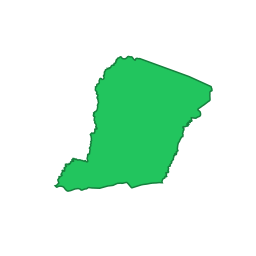 the district of Ngauma, Niassa, Mozambique, rotated 148°
{"feature_id": "85939544B1529593178446", "entity_name": "Ngauma", "entity_type": "district", "adm_level": 2, "iso_a3": "MOZ", "parent_name": "Mozambique", "parent_adm1": "Niassa", "projection": "robinson", "projection_center": [35.668, -13.833], "detail": "fine", "context": "isolated", "style": "filled", "palette": "green", "viewbox_px": 256, "rotation_deg": 148, "n_neighbors": 0, "source": "geoboundaries", "source_scale": "gbopen_adm2", "svg_char_len": 5799}
<svg xmlns="http://www.w3.org/2000/svg" viewBox="0 0 256 256"><g transform="rotate(148 128 128)"><path d="M35.6,119.1L49.0,139.3L81.3,180.7L82.0,180.9L83.3,182.2L84.1,182.6L84.9,182.5L85.3,182.0L85.8,181.7L86.3,182.0L86.8,183.7L86.9,185.6L87.2,186.4L88.2,187.0L89.8,188.5L90.5,188.6L92.2,188.1L93.8,188.2L94.8,188.8L95.8,189.7L96.1,190.4L96.1,191.7L96.7,192.4L98.5,192.3L99.1,192.4L99.3,192.6L99.7,192.6L100.5,192.1L101.3,192.2L101.5,192.1L101.7,191.7L102.1,191.7L102.1,191.2L103.2,190.8L103.4,190.2L103.9,189.9L104.4,189.7L104.5,189.9L105.4,190.1L105.8,189.9L106.1,189.3L106.4,189.2L106.6,188.8L107.0,188.9L107.1,189.3L107.9,189.4L108.3,189.6L109.4,189.4L109.9,189.0L111.0,188.5L111.4,188.5L112.0,189.0L112.4,188.4L112.6,188.4L113.0,188.8L113.6,188.8L113.7,189.0L114.0,189.5L114.3,189.1L114.5,189.0L116.2,189.2L116.5,189.1L117.1,188.4L118.5,187.9L118.7,187.1L119.2,186.5L119.4,186.5L119.6,186.3L119.8,185.6L120.0,185.4L120.7,185.5L121.0,185.4L121.4,184.6L121.5,183.4L121.9,183.0L122.9,182.5L123.3,182.5L124.3,183.0L124.4,183.9L124.7,184.3L125.2,184.7L125.6,184.7L127.5,183.3L128.1,182.0L128.9,181.3L129.8,181.1L130.5,181.4L131.3,181.4L132.3,180.1L132.7,179.9L133.8,180.1L134.2,179.2L135.2,178.1L135.7,177.0L135.3,175.9L135.4,175.0L135.7,174.4L136.3,174.1L136.6,173.6L136.4,172.9L136.0,172.5L136.1,171.9L137.0,170.8L137.8,170.6L138.3,169.9L138.3,169.6L137.9,169.3L137.9,169.1L138.6,168.0L138.7,167.0L139.1,166.5L139.5,165.2L140.1,164.7L140.5,164.5L140.9,164.1L141.9,163.5L142.2,162.5L142.5,162.0L144.3,160.0L145.0,159.6L145.8,159.4L146.4,159.0L147.5,159.3L148.4,159.0L148.7,159.1L149.2,159.0L149.3,158.7L148.9,158.6L149.0,158.1L150.3,157.5L150.7,157.1L150.9,156.2L150.7,155.7L150.3,155.6L150.2,155.2L151.7,153.7L152.6,152.4L152.7,152.2L152.5,151.4L152.7,150.8L153.3,150.3L153.5,149.8L153.2,149.1L153.3,147.5L153.6,147.0L154.7,146.1L154.8,145.8L154.7,145.4L154.4,145.4L154.4,144.7L154.7,143.9L155.0,143.7L155.4,144.1L156.3,144.1L156.4,144.6L156.8,144.5L157.2,143.9L157.8,142.7L158.5,142.3L158.9,141.6L159.0,141.5L160.4,142.2L160.7,142.0L161.3,142.9L161.6,142.7L162.6,142.7L163.4,142.4L163.6,140.8L164.7,138.3L165.3,137.5L165.5,136.7L166.0,136.4L166.5,136.4L166.8,136.2L167.0,135.6L167.1,134.9L167.2,134.7L167.9,134.3L168.5,134.1L168.7,133.1L168.9,132.8L169.9,132.0L170.8,131.8L171.4,131.3L171.5,131.0L171.3,130.4L171.4,130.0L172.1,129.3L174.4,126.5L175.0,126.8L175.6,126.5L176.1,126.9L176.3,126.8L177.3,125.3L178.8,123.9L179.5,121.5L180.0,120.9L180.4,120.9L181.1,121.3L181.4,121.8L181.4,122.4L181.5,122.9L182.0,123.1L182.4,122.9L182.8,123.0L184.1,124.8L184.9,125.3L185.3,126.1L185.7,126.5L187.9,127.7L188.2,128.9L188.7,129.2L188.9,129.0L189.1,129.1L189.2,129.7L189.8,130.0L190.0,130.7L190.5,130.4L190.8,130.6L191.0,131.1L191.4,130.8L192.3,130.8L192.6,130.5L192.6,129.9L191.7,129.4L191.6,129.0L191.8,128.7L192.2,128.8L193.3,129.5L194.6,129.6L195.0,128.9L196.2,128.5L196.7,129.1L197.0,129.0L197.2,128.4L197.4,128.4L198.2,128.7L198.6,129.5L198.9,129.8L200.2,130.3L200.4,129.9L200.8,129.7L200.8,129.4L200.5,128.4L200.6,128.1L201.1,128.0L201.7,128.2L202.5,128.0L203.0,128.0L203.4,127.9L203.4,127.4L203.1,127.1L203.1,126.7L203.9,126.6L204.3,126.0L204.3,125.4L204.5,125.2L205.1,125.2L205.8,126.6L206.0,126.8L206.3,126.8L206.4,126.7L206.1,126.4L206.1,126.1L206.3,125.8L207.6,125.0L208.5,124.7L209.4,124.0L209.4,123.6L208.9,123.1L208.9,122.9L209.1,122.7L211.3,122.6L212.2,123.3L212.4,123.2L212.6,122.9L212.6,122.1L214.8,121.4L215.1,120.9L215.7,118.5L215.8,118.0L216.0,117.9L217.8,117.6L218.9,117.2L220.4,117.6L220.0,116.0L219.7,115.5L217.8,115.3L216.8,114.9L215.6,114.1L214.4,112.9L213.8,111.5L213.7,109.6L213.3,107.7L213.0,107.1L212.4,106.3L209.8,105.3L205.3,104.4L202.6,103.2L201.8,102.6L201.4,102.1L201.1,101.8L200.7,100.3L199.9,99.7L197.1,99.2L195.4,98.4L194.5,98.4L193.9,98.5L193.3,98.5L192.7,98.2L190.4,96.3L183.9,91.9L175.8,89.5L171.1,87.3L166.4,86.7L163.6,85.2L162.6,84.4L161.7,83.9L160.1,83.4L158.4,82.8L157.8,82.3L157.4,80.6L156.9,76.8L156.7,75.8L156.4,75.2L147.1,72.8L145.2,72.1L141.5,70.4L138.4,69.2L136.4,68.3L133.2,66.5L130.5,65.2L127.9,63.4L127.7,64.3L127.1,65.1L125.5,66.3L123.3,66.2L123.0,66.8L122.8,67.0L122.5,67.0L121.8,66.6L120.9,66.4L120.8,67.6L120.3,67.8L120.1,68.0L120.0,68.6L119.8,69.1L119.7,69.7L119.5,69.9L119.1,69.8L118.5,69.3L117.9,69.0L117.1,69.1L116.7,69.6L116.7,69.8L117.0,70.4L116.8,70.7L116.0,71.0L115.7,71.6L115.1,72.0L115.0,73.0L114.8,73.2L114.4,73.7L114.0,73.8L112.6,73.4L112.2,73.5L111.9,74.6L111.0,75.0L109.7,75.2L109.1,75.8L109.0,76.6L108.0,76.7L107.5,77.0L107.0,77.0L106.5,77.4L106.2,77.3L105.9,77.7L105.8,78.2L104.8,78.9L103.9,80.2L103.7,80.3L103.1,79.9L102.8,80.0L102.2,81.1L102.0,81.3L101.6,81.2L101.4,80.6L101.4,80.2L101.2,80.0L100.9,80.1L100.3,80.9L99.8,81.2L100.0,81.8L99.9,82.0L99.3,82.3L97.8,82.2L97.6,82.4L97.4,83.8L97.2,84.2L94.9,87.1L93.0,88.9L92.1,89.1L91.4,89.5L89.9,90.6L89.2,90.9L89.1,91.1L88.7,91.3L88.1,91.5L87.9,91.7L86.6,92.0L86.1,91.7L85.5,92.2L85.3,92.9L84.8,93.4L84.8,94.1L84.4,94.7L83.5,95.3L82.8,96.3L82.0,96.5L81.7,97.1L81.3,97.2L81.2,97.4L81.2,97.8L80.9,98.1L81.3,98.7L81.0,99.1L81.0,99.6L80.7,99.8L80.1,99.7L79.3,99.0L77.5,98.6L76.7,98.2L75.8,98.1L75.7,98.2L75.9,98.8L76.0,100.0L75.8,100.2L75.0,99.6L74.6,99.1L74.4,99.0L74.3,99.8L74.1,100.0L74.3,100.8L74.1,100.9L73.5,100.8L72.3,99.8L72.2,99.9L72.2,101.0L72.0,101.4L71.7,101.3L71.4,101.0L71.4,100.7L71.0,100.3L70.6,100.1L70.2,100.1L69.9,100.4L69.8,100.8L69.8,101.5L68.8,103.1L65.7,100.6L65.1,100.3L63.5,100.4L61.4,100.0L60.3,100.1L59.7,100.5L59.3,101.0L58.7,102.1L58.4,103.1L58.3,103.8L58.6,104.7L59.1,106.0L59.0,106.6L58.8,106.9L56.9,107.2L55.6,107.1L54.1,107.3L51.0,107.4L46.1,107.9L44.6,107.9L43.9,108.1L43.4,108.6L41.4,112.2L40.8,113.0L39.8,114.7L39.2,115.2L38.3,115.5L37.5,115.1L36.9,115.3L36.2,116.7L35.8,118.7L35.6,119.1Z" fill="#22c55e" stroke="#15803d" stroke-width="1.5"/></g></svg>